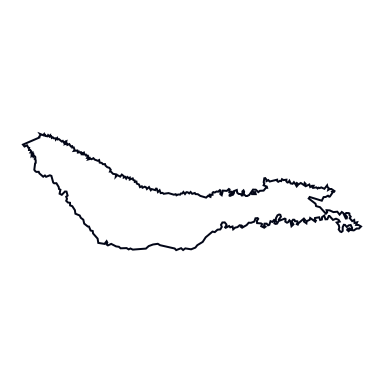 the district of Zentla, Veracruz, Mexico
{"feature_id": "50627088B99707223574870", "entity_name": "Zentla", "entity_type": "district", "adm_level": 2, "iso_a3": "MEX", "parent_name": "Mexico", "parent_adm1": "Veracruz", "projection": "orthographic", "projection_center": [-96.71, 19.078], "detail": "fine", "context": "isolated", "style": "outline", "palette": "ink", "viewbox_px": 384, "rotation_deg": 0, "n_neighbors": 0, "source": "geoboundaries", "source_scale": "gbopen_adm2", "svg_char_len": 6000}
<svg xmlns="http://www.w3.org/2000/svg" viewBox="0 0 384 384"><path d="M361.0,226.5L358.5,225.0L356.1,224.9L357.1,222.3L354.5,223.0L354.2,220.0L352.2,221.1L349.7,218.1L350.7,216.7L349.4,215.0L349.4,213.5L348.6,213.1L346.3,213.0L345.3,213.7L345.6,215.2L347.0,216.9L346.7,218.4L345.8,218.5L343.2,213.0L341.8,212.0L339.6,214.6L337.3,211.7L333.4,212.1L329.7,210.4L326.6,210.2L327.1,212.4L325.9,213.7L320.0,207.2L316.1,206.1L315.5,203.7L308.7,198.5L309.7,197.0L321.8,200.7L323.6,197.1L325.6,197.0L328.0,195.7L329.2,196.7L329.9,196.5L332.5,192.7L332.1,191.9L334.0,191.9L334.5,191.1L331.4,189.0L329.7,189.0L328.2,189.9L328.6,188.0L327.4,186.9L327.1,185.4L324.4,188.8L321.2,187.4L319.7,188.1L318.5,187.7L317.6,188.5L316.4,187.4L313.0,187.9L312.4,187.3L313.4,185.8L312.0,185.8L310.2,187.0L309.3,184.5L305.8,186.2L305.3,185.6L305.6,183.9L304.7,183.0L304.3,185.3L300.8,183.0L298.3,184.5L296.7,186.4L296.2,185.6L297.2,183.3L296.8,183.0L295.6,184.5L293.9,182.2L292.6,183.8L290.6,183.4L289.4,180.8L288.5,182.2L287.4,182.5L286.3,181.3L286.4,179.7L283.5,180.1L282.0,179.2L281.2,181.1L279.9,180.8L278.2,181.8L277.1,180.8L277.1,179.7L269.7,181.5L268.3,180.1L266.5,181.1L266.4,179.6L265.2,178.1L264.3,178.3L263.7,182.3L264.3,183.7L263.6,185.3L266.8,186.6L267.1,187.8L265.9,187.8L263.6,190.6L260.0,190.8L258.3,192.1L255.8,189.7L253.0,189.6L252.1,191.0L253.6,192.2L255.1,192.1L255.7,194.1L252.0,194.1L251.2,192.2L249.3,194.9L247.2,196.0L245.9,196.0L243.8,194.3L244.1,191.6L243.5,190.4L242.4,191.4L242.5,195.4L241.8,195.5L240.8,194.1L238.6,193.9L237.2,192.7L236.8,190.0L234.0,191.1L234.0,192.9L233.1,194.6L230.0,195.9L229.5,195.6L229.8,194.3L232.0,193.5L232.7,192.5L232.0,191.7L229.3,192.0L229.6,189.5L228.9,189.0L226.8,190.9L222.9,190.6L221.7,195.2L220.4,194.2L220.5,190.6L219.9,190.1L218.2,191.7L216.5,191.5L214.8,192.5L213.3,192.1L212.6,192.7L212.5,194.8L209.6,194.6L209.4,195.1L210.7,196.1L210.5,196.9L208.1,195.8L206.1,197.6L200.3,195.9L197.8,194.2L195.5,194.1L194.8,193.0L192.2,193.8L190.6,192.0L189.2,193.4L187.7,192.3L186.4,192.2L185.0,194.0L183.4,192.0L182.4,193.4L180.9,193.5L180.2,194.6L178.1,194.5L176.4,195.3L175.7,194.2L173.9,194.7L168.5,193.1L163.7,193.8L162.6,192.9L160.7,193.1L159.6,190.3L157.9,192.0L156.7,188.7L156.1,188.6L155.2,190.1L151.7,189.1L150.8,190.2L149.0,187.1L146.9,189.0L146.2,187.5L144.8,186.7L142.5,187.7L141.8,186.3L140.0,187.1L139.0,184.5L136.8,183.6L136.4,181.6L134.8,181.9L134.7,180.5L133.3,180.0L132.7,178.4L129.8,179.5L129.8,177.6L128.6,178.0L127.3,177.0L126.2,178.6L125.2,176.9L123.8,177.5L123.9,176.3L121.8,174.6L120.2,176.6L117.3,175.1L115.8,176.7L116.2,174.4L113.0,173.8L110.8,171.5L110.0,171.5L110.7,169.7L109.3,167.8L107.3,167.2L105.5,165.6L105.0,164.1L102.9,164.2L101.7,162.9L99.7,162.6L99.1,160.1L97.9,160.8L94.7,159.6L93.4,158.2L91.6,159.2L90.4,158.8L88.3,159.4L89.2,157.9L87.2,157.9L88.2,156.2L87.8,155.6L86.1,155.6L85.9,154.6L83.1,154.4L84.0,153.7L83.9,152.6L82.1,153.3L81.5,152.6L81.0,153.3L80.2,152.2L78.1,152.5L78.4,151.4L77.5,151.4L77.3,150.5L73.9,150.9L74.6,149.9L73.7,147.4L72.2,147.5L72.1,146.2L70.8,146.4L69.3,144.1L67.4,144.9L67.2,143.7L65.7,144.0L66.1,142.2L64.9,143.3L65.2,141.7L63.8,142.5L62.8,140.9L61.7,141.5L58.9,139.1L57.7,139.4L57.2,138.0L55.9,139.4L55.8,138.3L53.8,138.3L52.8,137.3L51.8,137.9L51.2,136.2L50.1,136.6L50.1,135.4L49.1,136.2L48.1,135.1L47.4,136.3L45.7,136.0L45.2,135.0L44.5,135.4L44.1,134.1L43.2,135.2L39.9,133.9L40.7,135.1L39.2,136.6L39.4,137.5L23.0,144.6L24.5,146.5L27.1,145.4L28.4,147.8L29.2,147.9L29.0,150.0L30.2,150.0L31.4,151.5L30.6,152.5L31.8,152.6L31.6,155.2L32.7,153.8L32.7,155.5L33.4,154.8L33.6,156.6L34.4,156.0L35.2,156.8L35.4,158.2L34.7,159.0L35.7,160.1L35.7,162.9L35.1,163.4L34.3,169.8L35.4,171.3L36.4,171.9L38.7,171.8L39.4,173.4L43.2,176.7L44.9,175.5L46.1,176.8L49.9,175.3L51.4,175.9L53.2,182.5L54.2,183.3L56.4,183.2L58.7,187.0L59.0,189.0L60.4,189.7L59.6,193.7L61.8,194.8L65.0,191.5L66.5,191.6L67.6,195.6L66.2,196.7L67.0,198.9L66.2,200.8L67.9,202.5L70.0,202.8L70.1,205.4L72.3,206.2L74.9,210.2L75.4,213.7L79.7,215.5L80.8,217.8L83.3,219.7L84.2,223.6L87.8,226.5L89.0,226.6L90.6,230.5L92.7,231.0L93.1,233.5L97.6,238.6L98.3,242.9L104.5,243.9L106.6,241.2L107.3,242.5L106.6,244.5L107.9,245.4L111.2,243.9L116.1,246.4L118.9,246.8L120.6,248.3L126.6,248.1L128.7,249.4L130.4,248.5L132.8,249.6L145.9,248.6L148.7,246.1L153.0,244.5L157.8,243.8L160.1,245.2L174.7,248.5L176.2,250.1L181.1,248.2L183.1,250.0L185.3,248.4L191.1,249.3L195.4,247.6L197.3,245.2L202.7,241.9L205.7,237.3L212.5,231.6L214.8,232.1L217.5,229.7L220.3,229.4L221.8,226.9L221.0,224.9L222.4,222.5L224.7,222.4L226.3,224.3L226.5,225.1L225.1,227.3L225.7,227.8L229.1,226.0L230.2,227.3L232.5,226.5L233.2,229.3L235.2,227.6L237.5,227.1L239.6,225.3L241.5,225.5L242.1,226.0L241.1,227.0L242.1,227.7L246.6,225.1L248.7,222.7L251.0,222.8L254.3,221.6L255.5,218.3L257.6,218.1L258.2,218.9L256.9,220.8L257.1,223.1L261.0,223.4L262.1,224.1L261.2,226.2L264.2,227.7L265.5,226.7L264.1,225.5L264.6,223.7L266.7,223.7L268.0,225.3L269.3,224.8L270.5,221.2L272.3,221.9L274.1,219.9L274.9,220.4L274.4,223.3L275.5,223.9L276.9,223.7L277.7,222.6L275.6,220.8L276.0,218.1L277.5,215.3L279.1,214.5L280.3,214.8L280.9,216.7L278.8,219.6L278.9,220.9L284.8,218.6L285.6,219.1L285.3,221.6L287.0,222.7L288.1,222.2L289.4,220.3L290.4,221.3L291.5,226.2L293.4,224.4L291.7,221.4L293.1,219.7L294.4,219.8L295.0,221.2L297.3,221.3L297.6,222.8L296.8,224.1L297.8,224.6L298.5,223.2L303.9,218.6L305.1,220.0L304.1,220.7L304.0,221.6L306.4,223.3L306.7,221.2L309.7,219.8L310.2,218.0L315.3,221.7L315.9,220.6L314.7,219.6L315.0,218.0L319.2,217.3L320.2,220.0L321.9,219.5L322.1,217.1L324.2,215.6L325.5,219.3L327.3,219.2L328.8,216.0L329.5,216.0L333.0,219.9L336.0,218.7L338.6,219.9L339.7,221.6L336.7,222.5L338.8,225.2L339.3,227.5L338.7,229.5L340.3,231.6L341.5,232.0L342.7,230.9L342.7,227.2L343.8,224.8L345.0,224.9L346.8,227.0L348.6,225.4L350.7,225.0L352.1,227.9L352.0,228.9L350.7,229.2L349.4,228.4L347.8,229.0L347.2,229.9L348.6,231.2L349.9,229.9L353.8,230.4L356.7,228.5L359.0,228.5L361.0,226.5Z" fill="none" stroke="#020617" stroke-width="2"/></svg>